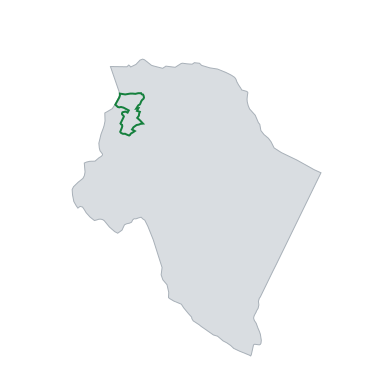 Uganda, with Kitgum highlighted, rotated 296°
{"feature_id": "UGA-3096", "entity_name": "Kitgum", "entity_type": "District", "adm_level": 1, "iso_a3": "UGA", "parent_name": "Uganda", "parent_adm1": "", "projection": "orthographic", "projection_center": [33.268, 3.395], "detail": "fine", "context": "in_parent", "style": "outline", "palette": "green", "viewbox_px": 384, "rotation_deg": 296, "n_neighbors": 0, "source": "natural_earth", "source_scale": "10m", "svg_char_len": 3080}
<svg xmlns="http://www.w3.org/2000/svg" viewBox="0 0 384 384"><g transform="rotate(296 192 192)"><path d="M265.8,299.5L260.8,299.5L252.8,299.5L244.8,299.5L236.7,299.5L228.7,299.5L220.7,299.5L212.6,299.5L204.6,299.5L196.6,299.5L188.5,299.5L180.5,299.5L172.5,299.5L164.4,299.5L156.4,299.4L148.4,299.4L140.4,299.4L132.3,299.4L127.6,299.4L126.6,299.2L126.0,299.1L122.9,299.6L119.8,301.6L116.5,302.4L112.9,302.1L112.5,302.3L110.7,302.2L108.1,302.1L105.7,302.6L103.9,304.3L102.1,307.3L98.8,310.7L96.2,313.7L94.1,315.8L89.1,319.3L86.3,320.3L85.0,320.2L84.1,319.5L82.6,315.0L81.6,314.3L71.9,316.6L70.4,316.6L70.5,315.2L69.8,304.6L69.7,298.1L71.0,294.0L71.7,289.3L71.8,285.2L73.6,278.2L72.9,273.9L75.2,259.2L75.8,256.7L76.7,249.6L78.1,247.4L79.4,246.5L81.1,242.2L84.3,235.2L86.5,231.6L86.0,223.7L86.4,218.3L86.9,217.1L91.6,215.1L97.7,210.2L100.3,204.3L104.0,200.6L111.0,198.2L132.0,178.2L141.8,167.4L146.0,161.9L146.2,159.9L147.0,157.3L145.3,155.3L143.3,153.4L142.6,151.7L140.9,150.9L138.4,150.9L136.7,149.6L134.8,147.2L132.9,145.7L127.0,145.8L122.4,143.3L122.5,139.9L124.3,133.2L127.8,125.6L128.0,123.5L127.5,121.7L126.7,120.2L125.1,118.6L123.6,116.8L124.8,111.3L127.0,105.9L128.8,103.2L130.5,100.2L130.0,97.7L127.5,96.5L128.8,94.1L131.6,90.0L137.0,85.9L141.7,83.2L144.8,83.2L150.9,85.4L156.4,88.0L159.5,88.1L163.1,87.1L170.8,82.5L172.6,84.0L174.8,86.7L177.2,91.3L182.0,93.4L184.3,94.9L186.0,95.3L186.9,94.9L188.7,91.3L190.9,89.4L195.0,86.9L204.0,84.9L210.4,84.3L213.1,83.9L217.7,82.7L224.8,79.0L231.9,83.8L239.6,84.7L247.0,84.7L249.3,83.3L250.6,82.1L258.4,74.3L269.0,63.7L276.0,78.6L278.4,79.5L278.1,80.8L277.5,82.1L282.1,85.7L287.8,87.5L289.8,89.4L290.0,91.4L288.1,100.1L288.5,102.6L290.3,111.4L293.7,113.4L296.7,122.2L302.7,125.9L303.6,127.0L305.0,131.3L306.9,136.0L308.3,137.0L309.2,137.3L311.0,142.3L310.0,145.1L311.4,153.6L313.7,161.1L314.3,170.2L314.3,174.2L314.2,176.6L313.7,180.1L312.6,182.1L310.7,184.0L308.6,187.0L306.7,190.3L305.5,191.9L306.4,196.8L306.2,198.1L305.7,198.7L303.0,199.5L299.5,200.8L297.3,202.1L294.3,204.6L291.9,207.3L288.7,215.2L283.4,221.3L282.5,223.3L277.4,227.0L275.2,231.5L273.8,237.1L271.8,241.0L267.6,246.5L266.6,255.1L266.7,272.3L265.6,291.8L265.8,299.5Z" fill="#d9dde1" stroke="#a8b0b8" stroke-width="1"/><path d="M245.1,85.2L247.1,84.9L248.8,84.0L250.4,89.2L253.4,93.4L254.5,95.7L255.4,98.1L257.2,100.3L258.5,102.9L258.1,103.4L257.8,104.0L258.1,105.3L257.1,106.5L255.7,107.5L254.4,107.5L253.1,106.9L251.4,106.6L249.8,106.7L248.7,106.8L247.7,106.7L247.0,106.1L246.2,105.7L242.5,105.3L243.8,107.1L240.8,107.0L241.2,110.0L239.1,110.2L237.3,110.8L234.6,110.3L233.6,113.8L232.0,118.0L230.7,115.9L229.3,114.7L227.9,112.8L224.5,111.0L221.9,110.7L221.7,113.9L220.1,113.0L217.6,111.4L216.0,111.2L215.2,110.7L215.0,108.1L215.0,106.3L214.0,104.4L214.0,102.3L214.6,101.1L218.9,100.8L220.6,100.5L221.7,99.7L221.7,98.7L222.2,97.7L229.9,97.7L230.5,97.0L231.1,95.2L232.0,94.6L233.2,94.6L235.1,96.9L235.1,99.3L237.6,99.4L237.8,93.5L237.3,90.9L236.2,89.5L235.9,88.0L236.3,86.7L236.9,84.8L237.9,84.8L245.1,85.2Z" fill="none" stroke="#15803d" stroke-width="2"/></g></svg>